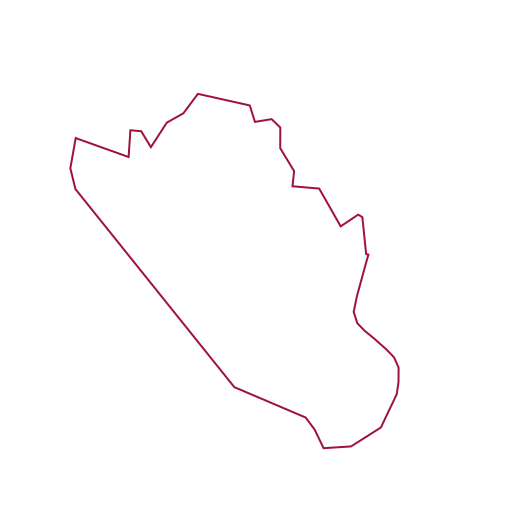 SVG path tracing the border of Vale of Glamorgan, rotated 46°
{"feature_id": "GBR-2117", "entity_name": "Vale of Glamorgan", "entity_type": "Unitary Authority (wales)", "adm_level": 1, "iso_a3": "GBR", "parent_name": "United Kingdom", "parent_adm1": "", "projection": "albers", "projection_center": [-3.357, 51.45], "detail": "fine", "context": "isolated", "style": "outline", "palette": "rose", "viewbox_px": 512, "rotation_deg": 46, "n_neighbors": 0, "source": "natural_earth", "source_scale": "10m", "svg_char_len": 695}
<svg xmlns="http://www.w3.org/2000/svg" viewBox="0 0 512 512"><g transform="rotate(46 256 256)"><path d="M453.2,250.8L466.1,285.3L459.0,319.9L441.2,340.9L421.7,334.4L406.7,332.5L335.3,362.7L82.4,339.4L63.9,328.6L45.9,303.7L46.9,303.2L48.4,302.6L96.3,278.9L78.3,259.0L86.5,251.9L104.7,256.0L98.1,227.5L102.9,209.1L99.0,185.2L143.4,155.9L147.4,157.9L158.8,163.6L168.4,149.7L180.5,149.3L195.3,163.7L221.4,169.6L231.2,181.3L251.4,163.7L293.5,174.5L297.2,153.8L301.9,152.5L331.1,175.4L333.1,174.2L339.8,185.7L355.2,211.6L364.1,224.6L374.7,229.8L385.2,229.8L397.3,228.4L414.3,227.1L424.8,227.1L435.4,231.0L445.9,241.3L446.1,241.6L453.2,250.8Z" fill="none" stroke="#9f1239" stroke-width="2"/></g></svg>